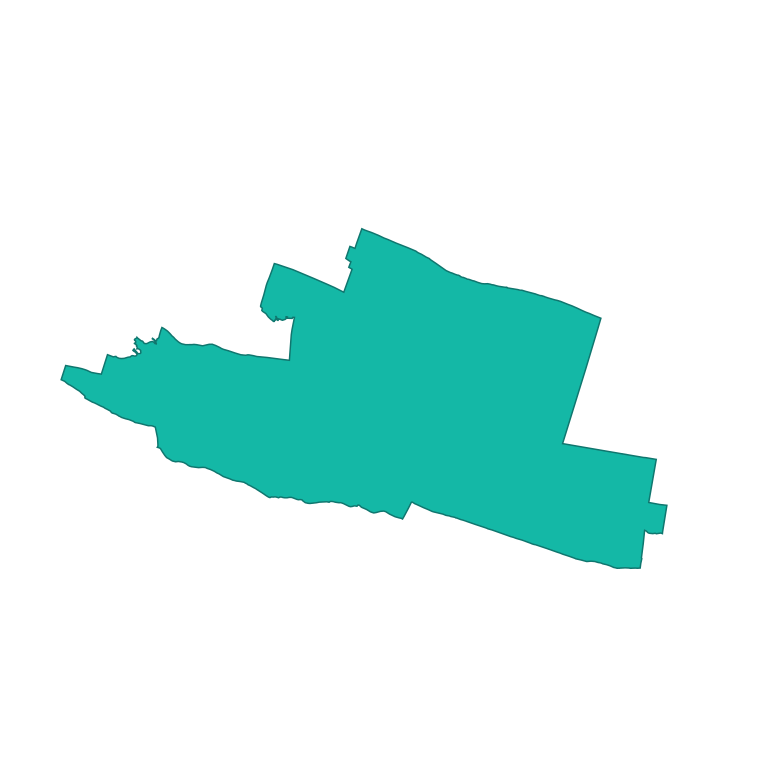 Gogosu, Dolj, Romania (Albers equal-area conic projection), rotated 197°
{"feature_id": "2599482B40492403167695", "entity_name": "Gogosu", "entity_type": "district", "adm_level": 2, "iso_a3": "ROU", "parent_name": "Romania", "parent_adm1": "Dolj", "projection": "albers", "projection_center": [23.374, 44.414], "detail": "fine", "context": "isolated", "style": "filled", "palette": "teal", "viewbox_px": 768, "rotation_deg": 197, "n_neighbors": 0, "source": "geoboundaries", "source_scale": "gbopen_adm2", "svg_char_len": 6145}
<svg xmlns="http://www.w3.org/2000/svg" viewBox="0 0 768 768"><g transform="rotate(197 384 384)"><path d="M450.6,526.0L451.3,510.8L451.4,505.2L454.7,505.5L456.8,505.6L457.2,492.9L453.6,491.7L451.4,491.2L451.8,485.3L448.1,484.4L449.3,460.0L459.8,461.8L467.1,462.7L482.0,464.4L504.6,466.7L521.1,467.2L524.1,467.1L524.3,460.6L524.8,452.1L525.3,447.1L525.4,443.9L525.0,434.3L525.0,425.7L524.8,422.3L524.3,421.7L523.2,421.3L522.5,420.8L522.4,418.7L521.4,418.0L517.5,416.8L514.2,414.3L511.2,412.8L509.1,412.1L508.1,411.5L507.2,411.8L507.1,413.1L506.8,413.5L506.5,413.5L506.6,416.2L507.2,416.9L507.1,417.0L506.8,416.9L506.4,416.6L506.3,416.1L506.0,416.0L505.3,415.5L505.4,414.5L505.3,414.3L504.9,414.0L504.1,413.8L503.9,413.9L503.9,414.2L504.3,414.6L504.4,414.8L504.1,414.8L504.1,415.1L503.9,415.1L503.9,415.4L503.0,415.3L502.7,415.6L501.1,415.3L499.7,415.3L497.4,416.9L496.8,417.8L496.7,418.4L497.3,419.2L497.3,419.7L496.5,419.9L495.9,419.9L495.8,418.6L491.0,419.9L490.7,421.1L489.1,421.5L487.9,409.5L487.1,404.1L481.4,379.0L489.3,377.6L503.5,375.2L513.6,373.1L517.3,372.9L521.4,372.4L522.7,372.1L524.8,371.0L529.5,370.1L535.5,370.1L542.5,370.3L547.5,370.2L549.7,370.4L551.7,370.9L556.2,371.6L559.9,371.8L562.9,370.8L568.6,367.5L574.8,366.8L577.3,366.3L579.2,365.5L585.2,363.6L588.8,363.3L590.3,363.4L592.8,364.1L596.6,365.8L598.9,367.2L600.8,368.0L603.0,369.4L606.5,371.3L609.1,372.2L611.2,372.8L612.9,373.1L613.1,370.1L613.0,365.0L612.8,362.7L613.2,361.7L614.1,360.9L614.2,360.2L614.2,358.8L615.6,358.7L616.6,359.3L618.7,360.0L618.8,359.5L617.1,358.9L614.8,357.5L613.6,356.3L613.5,355.8L614.8,355.7L616.4,356.7L617.9,357.0L620.0,355.8L622.5,353.4L623.4,353.0L625.1,352.7L627.4,354.4L628.8,354.3L633.1,355.9L633.9,356.4L633.9,355.8L635.5,354.0L635.6,353.4L635.2,352.8L634.3,352.6L633.8,352.0L633.6,350.7L634.5,350.1L634.5,349.7L633.0,349.4L631.7,348.7L631.9,348.0L631.3,347.5L630.7,346.8L630.6,346.1L630.6,345.4L629.5,345.9L628.0,345.6L626.5,344.9L626.1,343.8L625.7,342.9L625.8,342.2L626.3,341.7L628.9,341.0L629.3,342.0L631.6,343.3L633.2,344.5L633.6,343.9L633.9,342.7L633.0,342.3L630.9,341.7L628.7,340.1L629.0,339.0L629.5,338.3L630.4,337.8L632.2,337.7L633.2,337.5L634.4,336.2L634.6,335.7L636.6,334.8L639.9,332.6L642.5,331.6L645.0,331.1L647.8,331.5L648.3,332.0L649.0,331.8L650.8,330.8L657.0,331.2L657.2,310.8L661.2,310.2L667.2,309.5L672.1,310.2L674.3,310.3L677.5,310.3L681.8,310.0L685.5,309.5L693.8,308.6L694.0,293.7L690.1,293.2L687.5,292.0L685.5,291.3L684.2,291.2L680.9,290.4L676.8,289.1L672.9,288.1L670.4,286.8L667.8,285.7L666.3,284.8L666.2,283.8L665.6,283.0L664.1,282.8L657.7,281.4L655.4,281.3L648.4,280.1L645.4,279.8L643.6,279.2L641.5,278.9L637.7,278.1L636.3,277.0L635.3,276.8L631.8,276.8L629.5,276.3L628.1,275.8L626.9,275.7L625.3,275.3L621.2,275.2L617.4,275.4L612.6,275.0L611.4,274.5L610.3,274.4L609.9,274.5L605.6,274.9L597.2,275.2L594.7,276.0L593.2,276.2L590.1,275.9L584.8,266.2L582.6,260.3L582.0,258.3L582.3,257.2L579.9,257.2L578.8,256.8L575.8,254.1L572.7,251.6L570.4,250.1L566.8,249.3L564.8,248.7L563.6,248.5L560.5,248.7L558.0,249.8L554.5,250.3L552.4,250.3L549.4,249.7L548.4,249.2L547.4,248.9L546.0,248.6L544.0,248.6L536.9,249.8L533.0,251.3L530.4,251.9L528.4,251.6L525.0,251.5L520.7,250.9L517.8,250.1L515.4,249.8L510.6,248.5L503.5,248.2L500.4,247.8L498.9,248.0L497.0,248.0L492.8,248.7L488.9,249.1L487.8,248.7L486.1,248.5L484.6,247.9L482.1,247.6L478.0,246.7L477.1,246.6L469.9,244.6L463.4,242.6L461.4,242.1L460.0,242.0L459.3,242.4L458.9,243.0L456.5,243.6L455.3,244.2L454.1,244.4L451.5,244.4L450.4,245.5L449.0,245.9L447.4,245.9L445.5,246.2L443.5,246.8L441.4,247.9L439.5,248.5L437.9,248.5L433.7,248.2L432.0,248.3L430.6,248.9L429.3,249.2L428.2,249.1L427.9,248.7L424.6,247.5L421.8,247.7L419.9,248.1L413.9,250.7L411.3,252.1L404.4,254.6L401.9,254.9L401.1,255.9L399.7,256.4L398.0,256.7L396.5,256.7L394.8,256.9L392.3,257.3L391.2,257.7L390.3,257.9L387.9,257.8L381.7,256.8L380.1,256.9L378.2,257.8L377.1,258.6L376.4,258.9L374.1,259.2L373.6,260.5L373.1,260.7L372.3,260.8L371.0,260.3L369.7,259.6L368.4,259.4L367.2,259.3L363.9,258.9L359.6,257.8L357.6,257.7L356.1,257.7L353.9,258.8L350.3,261.1L347.1,262.4L345.0,262.4L340.6,261.2L334.6,260.3L330.3,260.4L328.3,260.6L326.8,260.3L326.1,263.3L324.3,272.6L323.3,278.7L322.7,279.3L321.9,279.2L319.4,278.5L318.0,278.4L310.1,277.3L305.0,276.8L300.6,276.2L299.3,276.2L289.6,276.8L286.4,276.5L283.9,276.8L283.0,277.0L281.6,276.8L277.3,277.2L276.0,276.9L275.4,277.1L270.9,276.8L269.0,276.9L255.1,276.4L245.8,276.2L243.3,276.1L242.4,275.9L238.0,276.0L218.0,275.1L215.5,275.2L212.4,275.0L206.8,275.1L197.4,274.6L195.7,274.4L193.5,274.4L192.2,274.6L180.5,274.3L168.9,273.8L166.7,273.8L163.1,273.5L156.6,273.4L150.6,273.1L149.6,272.9L144.4,273.3L138.2,273.5L134.2,275.1L130.4,275.9L127.1,275.9L125.0,276.2L123.4,276.2L122.3,276.0L118.4,276.3L114.4,276.2L110.6,275.7L109.2,275.9L108.1,275.9L107.1,276.0L104.7,276.8L103.6,277.3L102.3,277.7L99.7,278.7L95.7,279.7L94.5,279.8L90.0,281.4L87.8,281.9L85.2,282.9L86.0,287.6L86.4,292.5L87.0,293.0L89.4,307.1L92.0,320.3L90.3,320.1L89.2,319.6L88.5,319.1L86.8,318.8L83.2,319.5L81.7,320.2L81.2,320.5L80.4,320.5L79.8,320.4L75.7,322.4L74.0,322.3L74.4,324.4L78.0,350.7L84.9,349.4L96.2,348.1L101.6,391.5L112.2,390.1L114.4,389.6L154.1,384.5L195.8,379.2L195.5,457.1L195.7,500.1L195.8,510.3L203.1,510.9L208.3,511.5L212.0,511.7L216.7,512.3L221.4,513.0L227.3,513.7L231.1,513.9L239.3,514.6L242.7,514.6L245.2,514.4L252.1,514.3L255.6,514.4L257.0,514.6L257.7,514.4L258.7,514.6L260.8,514.2L264.3,514.3L265.5,514.4L275.5,514.0L279.4,514.0L280.6,513.7L281.3,513.5L283.7,513.4L293.3,512.1L294.3,512.0L294.4,512.3L295.1,512.4L295.8,512.1L297.1,511.8L302.6,511.0L305.2,510.8L308.0,510.8L309.9,510.5L311.8,510.5L314.3,510.2L317.1,509.2L319.8,508.6L324.2,508.6L328.3,508.9L328.9,508.7L333.6,508.9L334.8,508.6L336.5,508.9L339.5,509.1L340.0,508.9L342.4,509.1L343.0,509.6L344.5,509.8L345.9,509.6L348.3,509.7L351.1,510.0L353.2,510.0L357.7,510.6L369.2,514.4L376.3,516.6L376.9,517.0L377.3,517.2L380.9,517.7L386.0,519.0L389.7,519.5L391.0,519.9L392.4,520.4L401.0,521.3L413.9,522.3L422.3,523.3L426.7,523.6L431.9,524.4L438.6,525.1L447.7,525.6L450.6,526.0Z" fill="#14b8a6" stroke="#0f766e" stroke-width="1.5"/></g></svg>